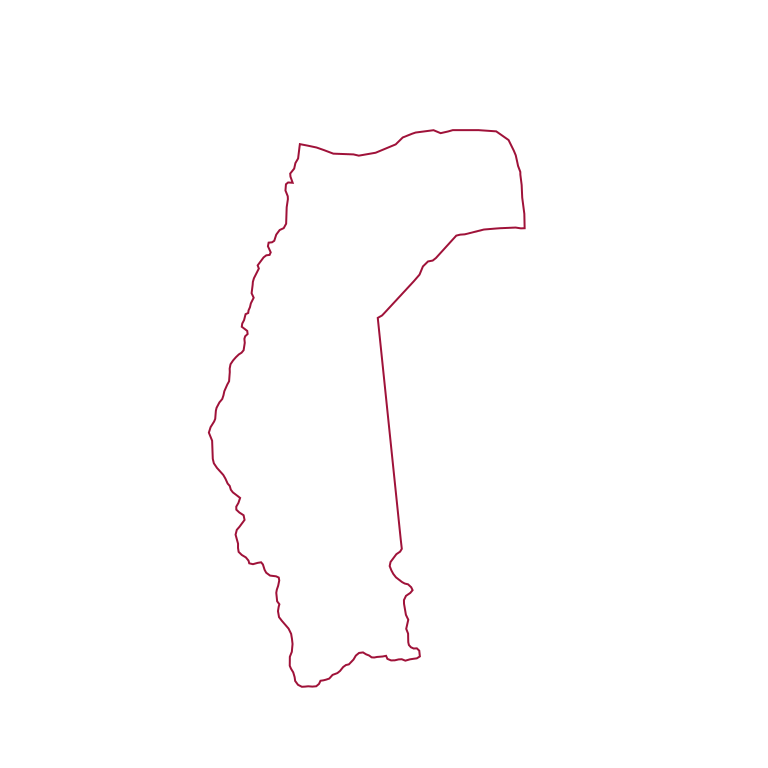 the district of Brejo Grande do Araguaia, Pará, Brazil, rotated 326°
{"feature_id": "56859067B66986950411555", "entity_name": "Brejo Grande do Araguaia", "entity_type": "district", "adm_level": 2, "iso_a3": "BRA", "parent_name": "Brazil", "parent_adm1": "Pará", "projection": "mercator", "projection_center": [-48.48, -5.764], "detail": "fine", "context": "isolated", "style": "outline", "palette": "rose", "viewbox_px": 768, "rotation_deg": 326, "n_neighbors": 0, "source": "geoboundaries", "source_scale": "gbopen_adm2", "svg_char_len": 3022}
<svg xmlns="http://www.w3.org/2000/svg" viewBox="0 0 768 768"><g transform="rotate(326 384 384)"><path d="M587.7,333.5L595.5,321.4L602.8,306.8L609.4,296.0L614.1,286.7L615.6,284.4L617.1,278.1L618.3,275.2L621.1,268.1L622.1,263.1L623.7,251.4L618.3,237.3L604.2,226.3L583.0,212.0L578.4,210.5L571.2,207.7L567.0,201.3L550.8,193.2L547.1,192.2L537.4,190.1L527.7,191.9L506.4,187.6L490.8,180.6L487.1,176.6L470.8,164.7L465.0,156.5L460.3,150.2L454.2,143.9L448.4,138.1L446.1,140.7L438.9,149.0L434.1,151.3L430.0,155.2L423.9,157.1L422.4,159.8L420.8,166.1L417.2,163.3L414.4,163.6L410.5,168.5L409.2,174.5L407.7,177.0L402.2,183.0L392.5,196.4L388.0,198.7L383.6,198.0L378.2,199.9L373.1,203.9L370.4,203.9L367.4,202.3L364.8,204.9L363.7,211.5L361.3,213.0L358.4,211.5L355.0,211.7L345.6,215.0L344.8,218.3L335.3,223.6L332.4,226.0L330.6,228.3L325.0,234.7L324.2,239.6L318.7,242.7L315.8,245.4L312.9,247.2L311.1,249.2L308.3,248.7L303.7,252.8L300.3,254.6L298.1,257.0L300.3,263.5L298.9,266.3L295.6,266.8L293.5,268.5L291.6,272.0L286.5,277.5L283.4,278.4L280.2,278.3L276.1,279.0L272.0,280.1L267.8,281.8L264.7,284.9L262.8,287.9L257.1,295.1L253.8,296.8L247.6,300.7L244.6,303.6L241.5,306.0L237.3,307.2L231.9,310.1L229.7,312.1L224.6,318.5L222.2,320.1L216.1,322.8L211.6,326.4L209.8,334.9L200.2,350.3L198.6,354.6L198.6,360.2L199.9,369.5L199.6,373.8L198.7,379.1L199.1,382.2L197.9,386.0L198.1,389.3L201.0,398.0L196.8,401.2L192.9,403.1L191.3,405.6L192.2,409.6L194.2,414.3L192.4,418.7L184.2,421.6L180.4,422.6L176.7,425.9L173.7,434.8L171.3,438.3L169.6,441.9L170.5,446.2L172.5,450.5L172.9,454.7L172.0,457.3L174.6,460.1L179.4,461.7L182.4,463.1L182.7,465.9L181.1,471.3L180.8,474.6L182.4,479.1L187.0,483.1L188.5,485.6L187.3,488.3L183.4,492.1L180.1,494.6L177.9,496.9L173.9,504.4L174.1,508.1L172.1,509.8L169.1,513.0L166.6,518.6L166.9,523.3L168.1,533.4L167.3,539.2L165.2,543.8L162.8,548.4L157.8,554.5L153.4,557.5L148.3,564.9L147.7,568.0L147.5,572.3L146.0,577.0L144.3,580.5L144.5,585.3L146.6,589.1L149.3,590.7L152.1,592.2L155.4,594.8L158.8,596.7L162.4,596.3L165.4,594.5L168.1,595.8L170.6,596.7L173.9,597.6L178.7,596.4L183.7,597.6L187.1,597.3L191.9,595.8L195.3,595.7L198.1,596.8L204.6,595.4L208.8,593.4L212.9,593.0L216.5,594.8L218.0,598.1L219.8,600.7L220.9,603.7L223.0,605.3L225.6,606.4L228.1,607.8L230.4,609.1L233.7,610.5L233.1,613.8L235.3,617.1L238.4,619.1L242.1,620.5L244.8,622.1L247.0,625.3L251.6,626.8L254.8,628.3L257.8,629.8L261.4,629.9L264.1,624.8L263.4,621.5L260.7,619.9L259.1,617.3L258.7,614.3L259.7,611.7L261.8,608.4L264.4,604.4L265.5,599.4L272.3,593.0L273.1,587.6L277.7,577.4L279.7,574.3L283.8,571.9L289.0,571.9L292.4,570.9L292.9,567.7L291.9,563.5L289.6,561.0L288.2,558.3L285.8,551.0L285.5,546.7L285.9,542.6L286.9,538.1L289.9,535.2L299.1,532.0L303.6,532.0L306.6,530.6L310.8,522.5L334.7,477.7L415.8,325.7L420.7,326.1L423.9,325.4L466.1,315.5L474.6,313.2L482.0,308.3L489.0,307.0L493.4,308.9L497.5,308.6L526.9,301.4L530.7,302.8L534.7,305.1L553.2,311.8L564.1,317.9L567.4,319.8L580.6,327.9L584.5,331.5L587.7,333.5Z" fill="none" stroke="#9f1239" stroke-width="2"/></g></svg>